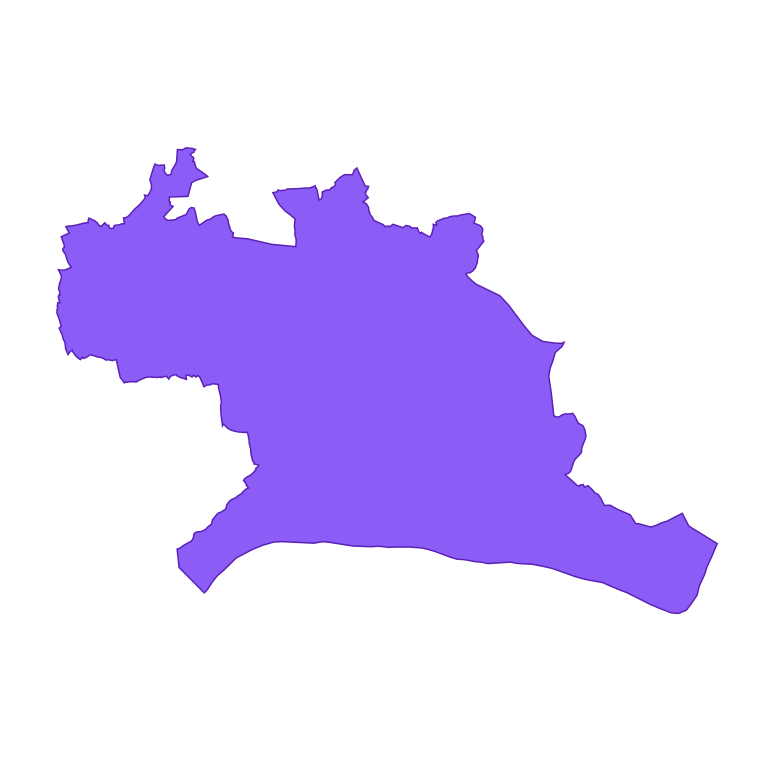 Aguata, Anambra, Nigeria (orthographic projection), rotated 356°
{"feature_id": "59680162B7486965108625", "entity_name": "Aguata", "entity_type": "district", "adm_level": 2, "iso_a3": "NGA", "parent_name": "Nigeria", "parent_adm1": "Anambra", "projection": "orthographic", "projection_center": [7.074, 5.98], "detail": "fine", "context": "isolated", "style": "filled", "palette": "violet", "viewbox_px": 768, "rotation_deg": 356, "n_neighbors": 0, "source": "geoboundaries", "source_scale": "gbopen_adm2", "svg_char_len": 6115}
<svg xmlns="http://www.w3.org/2000/svg" viewBox="0 0 768 768"><g transform="rotate(356 384 384)"><path d="M190.1,579.8L193.0,577.4L198.4,570.2L203.9,564.0L211.0,558.7L224.5,547.2L240.6,540.1L251.3,536.5L262.9,534.0L270.9,534.1L302.9,537.9L311.8,537.0L318.0,538.0L341.9,543.5L359.7,545.4L367.7,545.5L377.5,547.3L383.7,547.4L397.9,548.4L410.3,550.2L416.5,552.1L423.6,554.8L437.7,561.2L444.8,563.9L451.9,564.8L462.6,567.6L468.8,568.5L475.0,570.4L497.2,570.5L505.2,572.4L519.4,574.2L530.0,577.0L538.9,579.7L561.9,589.7L569.8,592.5L579.6,595.2L587.6,597.1L605.2,606.1L611.4,608.9L634.4,622.5L643.2,627.0L654.7,632.4L661.8,633.4L669.8,630.7L675.3,624.5L681.6,616.5L684.4,607.6L690.7,596.0L693.5,588.8L698.9,579.0L705.3,566.5L678.2,547.0L672.5,533.8L656.8,540.6L651.1,541.9L646.5,543.7L641.2,545.1L638.9,544.9L629.3,541.5L627.2,540.9L625.5,541.0L620.5,531.7L608.2,525.3L601.1,520.7L595.3,520.5L592.5,513.5L590.0,509.2L587.0,507.5L584.4,504.0L580.3,499.6L576.8,500.9L575.7,498.2L572.4,498.5L571.5,499.4L569.9,499.0L558.4,487.0L562.1,485.8L563.1,485.1L564.3,483.6L567.8,474.9L569.7,472.1L575.2,467.3L576.4,465.2L576.8,461.6L581.4,451.7L581.8,449.6L581.2,444.0L579.9,440.1L578.7,438.8L576.5,437.6L575.0,436.5L571.9,429.0L570.1,426.4L566.9,426.8L562.2,426.5L559.1,427.4L556.6,429.0L553.8,429.0L551.2,427.5L550.2,404.0L548.9,388.0L550.7,380.2L554.0,372.8L557.0,364.6L564.0,359.1L565.6,356.9L566.5,355.0L564.1,355.8L557.7,355.2L545.3,352.6L535.0,345.7L527.4,335.1L513.8,314.0L505.7,304.0L483.2,291.1L479.5,287.8L475.0,282.7L473.4,279.9L474.2,279.1L477.4,279.1L480.6,277.3L483.2,274.5L485.7,269.0L486.0,266.0L486.8,264.1L487.1,262.0L485.5,257.4L493.5,248.5L492.5,245.6L492.9,244.7L492.8,243.7L491.8,242.0L493.2,237.5L493.2,236.1L492.7,235.1L491.2,232.9L484.8,229.5L486.2,226.8L486.8,224.1L481.1,219.9L471.7,220.8L469.5,221.5L465.2,221.3L461.1,221.7L458.1,223.0L457.2,222.7L454.8,223.0L451.8,224.2L449.1,224.8L447.0,226.6L447.8,229.0L447.5,229.3L444.3,228.1L444.2,231.6L443.2,233.7L443.1,235.0L441.7,238.4L440.2,240.3L439.3,240.2L434.0,236.9L432.0,235.2L430.5,236.4L429.1,233.9L428.1,230.6L422.5,230.3L420.8,228.5L416.9,227.4L413.9,229.4L404.1,225.3L400.9,227.4L398.7,226.7L395.9,227.1L394.5,225.1L385.4,220.1L383.9,216.7L382.1,214.1L380.9,209.0L380.9,206.6L378.6,202.5L376.5,201.7L375.9,200.9L381.3,197.0L379.4,194.5L378.5,191.8L379.6,191.1L380.3,189.1L381.5,188.4L381.5,187.5L382.4,185.8L379.0,185.2L372.0,166.6L369.1,168.7L367.3,173.0L359.2,172.4L354.6,174.9L349.1,179.6L349.6,182.0L346.7,184.4L345.5,184.2L343.5,186.5L339.4,186.5L338.1,187.6L336.5,187.6L335.7,188.4L335.8,190.5L334.7,194.6L332.1,196.1L330.6,185.0L329.4,182.8L329.1,181.4L327.5,182.2L322.7,183.4L320.2,183.0L310.4,183.1L301.0,182.7L299.5,183.7L298.5,183.9L295.8,183.7L294.5,184.0L291.7,183.1L290.8,184.8L286.5,185.4L291.7,197.3L297.2,204.3L302.2,208.6L306.8,213.2L305.6,220.5L306.0,224.9L305.5,229.0L306.4,233.6L306.3,236.4L305.5,240.8L281.9,236.9L257.9,229.6L247.7,228.1L243.2,227.0L244.3,222.7L242.7,221.6L241.6,219.6L240.1,212.8L239.7,209.2L238.1,205.1L237.0,204.5L236.3,203.3L227.9,204.4L225.8,205.2L222.5,207.3L218.4,208.3L210.7,212.9L209.0,208.6L207.8,199.2L206.7,195.1L203.7,194.6L201.8,195.9L198.4,201.2L189.4,204.0L188.7,204.8L187.0,205.6L179.6,205.7L176.9,203.4L176.0,201.7L186.0,192.1L183.7,190.8L183.0,189.9L183.6,187.8L183.5,187.5L182.4,186.8L183.0,182.5L201.5,183.2L206.2,169.7L210.2,167.8L222.6,164.8L221.0,163.0L212.1,155.9L211.5,154.8L210.2,148.8L208.9,148.8L210.0,145.2L206.8,142.0L206.7,141.6L208.5,140.2L210.5,139.5L210.6,138.6L212.2,136.8L208.9,135.6L203.0,134.6L199.3,136.3L194.3,135.7L192.6,147.7L191.3,150.2L187.1,156.3L186.3,159.9L182.7,160.8L180.6,158.5L179.4,155.7L180.3,153.6L180.1,150.2L173.8,150.2L170.9,148.6L169.3,151.8L164.7,163.8L165.7,167.9L165.9,170.3L165.4,173.4L163.6,176.7L161.4,179.7L158.3,178.9L158.9,181.7L153.4,187.5L147.4,192.2L141.1,198.4L138.6,199.9L135.8,200.1L136.2,205.9L133.8,205.9L131.0,206.7L126.1,207.0L124.5,210.0L123.2,210.0L120.9,209.1L120.5,206.5L118.6,206.2L116.7,203.7L112.6,207.2L110.6,205.7L109.2,203.1L106.6,200.8L101.2,197.9L100.3,200.4L100.0,202.6L97.6,202.3L88.0,204.0L81.7,204.7L81.0,204.3L77.6,204.9L80.6,211.4L72.3,214.6L74.7,223.3L74.6,225.3L73.8,225.8L73.0,227.0L73.0,228.6L75.2,232.3L77.0,239.9L80.0,245.9L73.4,248.1L70.0,247.9L67.2,247.3L69.8,253.8L68.9,257.8L67.7,260.1L66.1,265.6L66.2,267.6L67.0,268.9L66.7,271.0L67.0,272.5L65.6,272.9L65.2,273.9L65.6,277.2L66.4,280.3L64.3,280.0L63.5,283.8L63.7,286.4L63.0,286.9L62.7,290.6L64.8,297.6L66.0,304.1L63.8,305.5L66.4,312.4L67.1,316.7L68.6,320.2L68.9,327.0L70.9,332.6L72.5,330.5L75.3,328.5L76.0,330.5L78.4,334.4L80.1,336.3L82.7,338.5L83.3,338.3L83.9,337.1L85.1,336.3L86.0,337.6L89.2,336.6L92.5,334.5L95.8,335.2L100.0,337.1L103.2,337.7L106.4,339.2L108.2,340.7L110.7,340.6L114.6,341.7L118.6,340.9L121.3,359.0L125.1,364.8L125.6,364.1L128.0,364.4L130.9,363.9L137.0,364.7L140.9,362.8L147.0,360.8L151.6,360.5L152.7,361.1L155.3,361.2L158.2,361.7L161.4,361.4L162.0,362.0L166.5,361.1L167.6,361.3L169.7,364.1L171.5,361.5L175.1,360.3L177.4,360.3L177.8,361.2L181.5,363.4L187.3,365.6L187.0,362.4L187.3,361.3L189.3,361.5L193.1,363.6L194.6,361.8L196.7,363.9L197.9,363.4L198.0,362.8L198.8,362.5L200.5,364.1L201.1,365.3L204.3,374.2L206.9,372.8L210.3,372.7L213.0,371.8L218.6,372.8L218.7,376.3L220.1,384.7L220.5,391.5L219.6,393.8L219.3,399.0L219.4,405.3L220.0,414.5L221.2,412.8L223.9,416.1L226.1,418.1L228.8,419.6L234.4,421.5L241.1,422.6L244.1,422.5L244.8,425.0L245.5,430.6L245.4,433.7L246.3,438.6L246.5,444.7L247.6,451.5L249.2,453.9L248.7,454.6L253.3,456.1L252.5,457.6L250.0,459.5L250.2,460.8L248.0,462.8L245.0,465.3L240.9,467.2L238.4,468.8L237.1,470.6L238.6,472.5L240.0,475.0L239.6,475.4L239.9,476.1L241.6,478.2L238.6,479.5L237.0,480.6L233.9,483.6L230.2,485.5L229.1,486.5L227.0,487.6L224.5,488.4L222.5,489.5L220.8,491.0L218.5,493.9L217.8,497.0L216.1,498.6L213.8,499.6L212.5,500.5L209.9,501.1L208.2,502.4L203.6,507.3L202.0,511.8L198.2,514.4L195.8,516.7L191.6,518.4L186.7,518.6L185.3,519.1L183.8,520.8L183.3,523.5L182.1,525.9L180.5,527.5L173.3,530.7L169.0,533.5L166.1,534.3L166.8,552.8L190.1,579.8Z" fill="#8b5cf6" stroke="#5b21b6" stroke-width="1.5"/></g></svg>